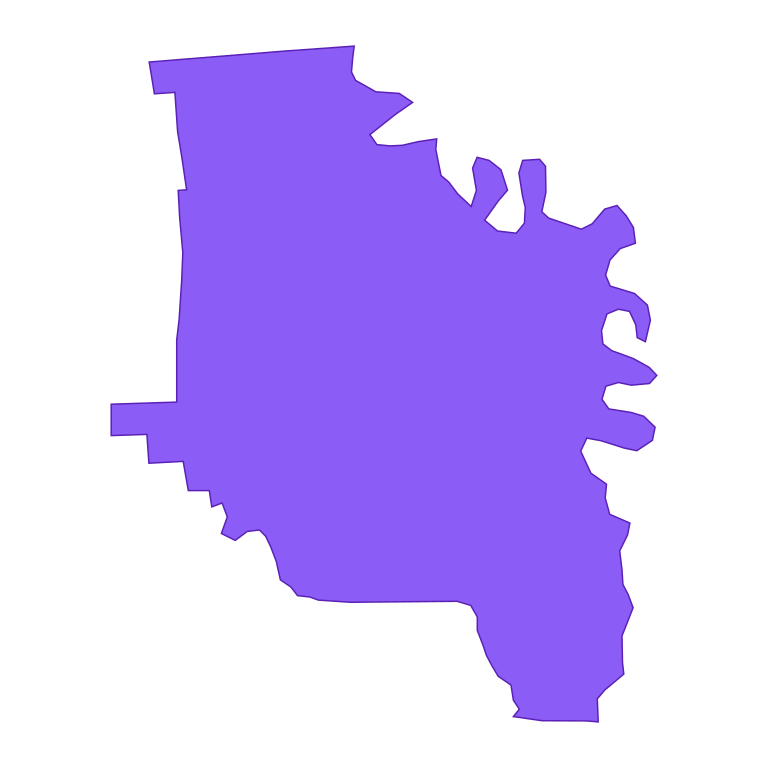 outline of Anta Gorda, Rio Grande do Sul, Brazil
{"feature_id": "56859067B56588951135197", "entity_name": "Anta Gorda", "entity_type": "district", "adm_level": 2, "iso_a3": "BRA", "parent_name": "Brazil", "parent_adm1": "Rio Grande do Sul", "projection": "mercator", "projection_center": [-51.971, -28.974], "detail": "fine", "context": "isolated", "style": "filled", "palette": "violet", "viewbox_px": 768, "rotation_deg": 0, "n_neighbors": 0, "source": "geoboundaries", "source_scale": "gbopen_adm2", "svg_char_len": 1922}
<svg xmlns="http://www.w3.org/2000/svg" viewBox="0 0 768 768"><path d="M634.5,293.5L610.2,286.1L605.6,275.1L610.0,260.0L620.2,248.6L635.4,243.2L633.4,227.5L626.3,215.9L617.0,205.5L604.7,209.1L592.2,223.8L581.3,229.2L548.7,218.1L541.8,211.8L545.9,192.4L545.5,166.3L539.6,159.3L522.7,160.4L518.9,173.0L522.5,195.9L525.3,207.5L524.4,223.2L516.2,233.2L497.5,231.0L484.6,220.2L498.4,200.8L507.5,190.2L501.0,169.8L489.1,160.4L477.1,157.3L472.6,168.1L476.4,190.4L471.2,206.5L457.8,194.0L448.7,182.0L441.0,175.5L435.8,149.5L436.7,138.9L418.5,141.6L402.4,145.3L390.1,145.9L376.9,144.6L369.9,134.6L395.4,114.4L412.6,102.4L399.2,93.4L375.8,91.8L355.6,80.4L351.5,72.0L352.6,58.7L354.2,46.1L285.4,51.0L149.2,62.0L154.4,93.8L174.9,92.4L177.6,131.6L181.9,157.7L186.6,189.8L178.2,190.4L179.6,216.9L182.8,252.6L181.7,280.4L179.1,319.6L176.7,340.0L176.7,402.1L111.2,404.2L111.2,435.6L146.9,434.4L148.9,463.2L183.2,461.4L188.3,490.6L209.3,490.6L211.8,506.9L222.1,503.0L227.3,516.9L221.4,533.5L235.2,540.4L247.3,531.4L259.5,530.0L265.7,536.3L270.7,546.8L276.3,561.5L280.4,579.9L290.9,587.0L297.5,595.6L309.7,597.0L318.4,600.1L350.9,602.3L364.3,602.1L457.1,601.3L470.7,605.4L477.3,616.9L477.3,630.5L483.2,645.7L486.4,655.3L491.9,665.7L498.2,676.3L511.0,685.1L513.4,700.2L519.3,709.2L513.4,716.6L542.0,720.7L586.3,720.9L598.2,721.9L597.3,698.8L605.0,689.8L623.8,674.1L622.5,662.6L622.0,635.9L633.1,607.7L628.1,594.4L622.9,584.4L622.0,569.8L619.7,550.8L627.5,535.1L629.9,523.1L609.7,514.3L605.2,497.9L606.5,484.2L590.9,473.2L580.7,451.1L586.8,438.1L600.9,440.7L624.3,448.1L636.8,450.7L652.4,440.3L655.1,427.2L643.6,416.2L631.3,412.5L608.8,408.9L602.0,399.3L605.9,386.2L618.4,382.5L631.3,385.2L649.5,383.5L656.8,375.4L649.2,367.4L633.4,358.6L611.6,350.6L602.9,343.9L601.5,330.6L607.0,313.9L618.4,309.2L629.5,311.4L635.8,324.9L637.2,337.6L645.4,341.7L650.4,320.2L647.4,305.1L634.5,293.5Z" fill="#8b5cf6" stroke="#5b21b6" stroke-width="1.5"/></svg>